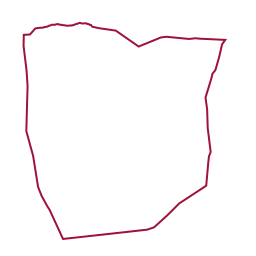 Sevrei, Ömnögovi, Mongolia, rotated 267°
{"feature_id": "93677404B27006203357134", "entity_name": "Sevrei", "entity_type": "district", "adm_level": 2, "iso_a3": "MNG", "parent_name": "Mongolia", "parent_adm1": "Ömnögovi", "projection": "equal_earth", "projection_center": [102.849, 43.72], "detail": "fine", "context": "isolated", "style": "outline", "palette": "rose", "viewbox_px": 256, "rotation_deg": 267, "n_neighbors": 0, "source": "geoboundaries", "source_scale": "gbopen_adm2", "svg_char_len": 1664}
<svg xmlns="http://www.w3.org/2000/svg" viewBox="0 0 256 256"><g transform="rotate(267 128 128)"><path d="M225.9,120.9L229.2,104.2L231.0,97.7L232.9,96.3L233.0,95.1L233.6,94.5L233.9,93.8L234.0,93.3L234.0,93.0L234.1,92.7L234.4,92.4L234.7,91.8L234.7,91.6L234.7,91.0L234.7,90.5L234.8,90.1L234.8,89.8L234.8,89.5L234.8,88.6L234.8,87.5L234.9,86.9L235.0,86.7L235.3,86.1L235.4,85.7L235.5,85.5L235.5,84.9L235.1,83.8L234.8,83.2L234.7,82.9L234.7,82.5L234.6,81.8L234.5,81.3L234.4,81.0L234.0,80.3L233.9,79.7L233.7,79.2L233.5,78.8L233.5,78.3L233.6,78.0L233.5,77.6L233.3,77.2L233.3,76.9L233.4,76.5L233.4,76.1L233.4,75.6L233.4,74.9L233.2,73.5L233.2,73.1L233.4,72.5L233.5,71.9L233.5,71.5L233.6,70.9L233.8,70.4L234.0,69.8L234.1,68.4L234.2,68.0L234.4,67.1L234.6,66.6L234.8,64.9L235.3,63.8L235.5,63.4L235.4,63.1L235.3,62.9L235.4,62.5L235.4,62.1L235.3,61.5L235.1,61.1L235.0,60.6L234.9,60.3L234.9,60.0L234.9,59.6L235.0,59.0L235.0,58.7L235.1,58.3L235.1,58.0L235.1,57.6L235.0,57.1L234.9,56.8L234.8,56.6L234.6,56.0L234.4,55.7L234.3,55.3L234.3,54.6L234.2,54.1L233.9,53.7L233.7,53.3L233.5,52.8L233.4,52.3L233.4,51.9L233.3,51.7L233.2,51.2L233.3,50.2L233.2,49.8L232.7,48.7L232.7,46.3L232.6,44.1L232.4,41.6L232.3,40.7L226.5,35.0L226.5,28.8L215.3,28.0L190.8,29.7L175.1,29.9L130.2,26.3L105.1,31.8L73.9,35.1L64.7,38.2L54.5,43.1L50.2,45.5L20.6,57.3L25.5,142.0L27.5,148.9L31.4,153.7L38.6,162.5L50.0,175.2L66.3,203.1L89.6,206.4L95.5,207.4L99.7,209.3L123.8,207.6L142.5,208.0L154.3,207.0L173.6,214.0L177.8,215.2L181.2,218.3L194.6,222.9L206.6,226.3L210.9,229.7L213.4,204.7L214.1,200.0L213.7,193.8L217.1,171.0L216.7,165.6L208.8,142.9L225.9,120.9Z" fill="none" stroke="#9f1239" stroke-width="2"/></g></svg>